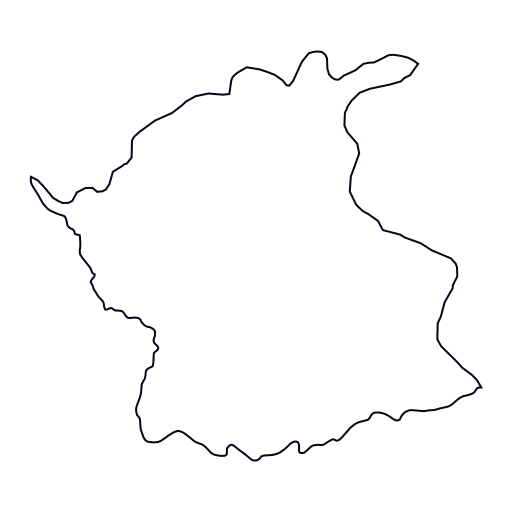 outline of Granados, Baja Verapaz, Guatemala
{"feature_id": "79465075B60020502053438", "entity_name": "Granados", "entity_type": "district", "adm_level": 2, "iso_a3": "GTM", "parent_name": "Guatemala", "parent_adm1": "Baja Verapaz", "projection": "albers", "projection_center": [-90.583, 14.941], "detail": "fine", "context": "isolated", "style": "outline", "palette": "ink", "viewbox_px": 512, "rotation_deg": 0, "n_neighbors": 0, "source": "geoboundaries", "source_scale": "gbopen_adm2", "svg_char_len": 4825}
<svg xmlns="http://www.w3.org/2000/svg" viewBox="0 0 512 512"><path d="M481.3,387.5L477.2,380.4L471.8,374.8L462.2,367.7L457.6,362.5L441.3,346.4L437.3,339.4L437.7,323.4L440.9,316.4L444.6,302.3L452.7,288.2L452.9,285.1L457.3,276.4L457.0,267.1L455.7,263.7L451.1,258.5L431.7,250.3L420.8,243.3L405.0,237.6L400.1,234.6L382.9,230.1L378.0,220.9L368.7,214.3L362.7,211.0L356.2,204.8L349.8,191.6L350.8,176.6L359.2,153.6L357.3,143.8L347.4,132.3L344.4,125.4L344.9,113.0L347.9,106.1L351.8,100.4L359.6,92.8L369.7,88.8L389.7,84.6L400.9,81.4L404.3,78.0L410.1,75.2L418.1,63.8L413.4,60.4L408.0,57.7L401.5,56.0L395.2,55.0L392.1,54.8L388.3,55.3L380.4,59.4L373.9,62.5L369.2,62.7L363.5,63.8L355.2,70.4L343.6,75.7L340.8,78.1L338.6,79.6L336.6,79.7L334.3,79.1L331.6,77.2L329.0,74.2L327.4,68.9L327.0,58.2L325.4,54.9L322.0,52.0L317.6,51.5L313.5,51.9L308.7,53.3L303.0,60.4L301.3,63.0L293.1,81.0L289.3,85.6L286.6,85.3L282.5,80.3L274.8,74.9L268.5,72.4L260.1,69.5L246.9,67.3L240.8,70.7L237.3,72.8L234.5,75.2L232.6,77.2L231.3,80.3L229.3,94.0L223.1,94.7L208.5,93.5L195.6,96.2L185.7,101.7L182.4,105.0L172.0,113.0L154.9,120.6L139.4,132.0L134.2,136.6L132.0,140.5L131.6,157.6L126.8,163.5L124.3,164.3L121.8,166.2L112.9,171.8L109.3,184.3L105.9,189.5L102.5,191.3L97.1,191.8L92.5,187.9L85.5,188.0L76.9,192.4L72.3,200.9L68.7,202.8L62.5,203.0L58.3,201.0L53.1,197.9L43.2,186.0L37.8,180.4L31.0,176.8L30.7,179.5L30.9,181.6L31.3,183.2L32.0,184.9L34.9,190.0L35.9,191.3L36.8,192.8L38.0,194.6L42.9,203.4L47.0,208.1L48.7,209.6L50.9,210.9L55.7,213.1L59.8,214.6L64.3,216.1L65.2,217.2L66.1,219.1L66.7,221.7L67.5,225.5L69.4,227.7L70.9,228.6L72.5,229.2L74.4,231.3L74.9,233.9L76.7,234.6L79.7,235.2L80.0,237.4L80.3,243.0L80.3,244.6L80.3,246.9L79.8,250.0L79.8,252.7L80.2,254.5L82.6,258.2L90.1,267.6L90.8,268.8L91.5,270.8L92.4,273.0L94.7,274.4L94.3,276.4L91.2,280.5L90.7,282.1L91.8,284.0L92.8,286.1L93.2,287.5L94.0,289.7L95.4,291.6L96.1,292.9L97.0,294.3L98.0,296.1L99.0,297.2L101.8,300.1L102.7,301.2L103.5,302.5L103.9,304.8L104.1,306.8L105.3,309.6L107.0,309.5L109.2,308.6L110.9,307.9L112.5,308.6L113.9,309.8L115.5,310.5L116.9,310.5L119.8,310.7L121.6,311.0L123.6,312.5L126.0,316.3L127.7,317.7L129.7,318.1L133.8,317.6L135.2,317.6L137.4,317.8L138.8,318.3L140.4,319.5L140.8,320.9L141.9,322.6L143.5,324.3L144.8,325.5L147.1,326.7L149.2,327.0L151.0,327.7L153.0,328.9L154.2,330.0L155.0,331.6L155.1,334.3L154.8,336.4L154.1,338.0L153.5,340.6L154.1,342.8L155.5,344.2L157.5,346.1L158.3,347.7L157.9,349.4L156.9,350.5L155.5,351.4L153.9,353.1L153.7,355.2L153.4,362.5L152.7,366.3L151.3,367.0L149.0,368.0L147.1,369.4L145.9,370.9L145.7,372.9L145.5,375.7L145.2,377.2L144.6,378.9L143.3,381.2L142.4,382.9L141.7,384.5L141.2,391.1L141.1,392.5L140.0,397.2L137.6,403.6L136.5,406.7L136.2,408.2L136.1,411.4L137.2,415.3L138.8,416.9L139.8,418.9L140.1,420.5L140.2,422.4L140.4,425.8L140.6,428.4L141.2,430.8L142.3,433.9L143.5,437.3L145.1,439.9L146.9,441.3L148.2,441.8L150.5,442.1L151.9,442.3L153.8,442.4L155.3,442.3L158.0,442.0L160.8,440.9L165.6,437.7L167.8,436.0L169.9,434.6L171.6,433.6L173.1,432.6L174.9,431.8L177.0,431.1L179.2,431.0L182.5,432.2L185.5,434.1L189.7,437.4L194.5,441.3L195.7,442.0L197.4,442.7L199.3,443.5L200.6,443.9L202.7,444.8L204.2,445.9L205.4,446.9L207.3,448.9L209.2,450.8L210.5,452.3L212.2,453.6L214.4,454.7L218.7,455.6L220.8,455.9L223.1,455.9L225.4,455.6L226.6,454.5L227.0,451.9L226.9,450.4L227.0,448.4L228.1,446.8L229.5,445.6L231.3,444.7L233.3,445.4L234.9,446.5L239.7,450.4L245.1,454.3L250.1,458.5L251.5,459.7L253.3,460.4L255.0,460.5L256.9,460.4L259.0,459.2L260.3,457.8L261.5,456.3L264.1,455.5L266.4,455.4L270.8,455.1L273.8,454.7L278.1,453.4L280.5,452.1L283.0,450.3L284.9,448.9L286.1,447.9L290.2,443.9L291.4,442.9L294.3,441.6L296.5,441.6L298.1,442.4L299.1,445.4L299.1,447.6L298.9,450.4L299.3,451.9L300.3,452.9L302.1,453.1L303.9,452.9L307.1,450.3L311.0,446.6L312.8,445.6L314.5,445.2L316.0,445.0L318.0,444.8L320.1,445.0L322.1,445.1L324.7,444.1L326.4,442.8L328.6,441.5L330.4,440.4L332.2,439.5L333.8,439.4L335.6,440.3L337.0,440.7L339.0,440.0L341.6,437.8L348.0,430.5L349.1,429.2L350.2,427.9L351.3,427.0L353.5,425.2L355.0,424.1L356.2,423.3L359.2,422.1L361.0,421.6L362.6,421.2L364.6,420.7L367.8,419.9L369.7,417.9L371.1,415.5L371.9,414.2L373.9,412.8L376.6,412.5L378.5,412.5L380.4,412.7L382.3,413.1L384.7,413.9L387.7,415.3L390.3,417.0L391.8,418.0L393.0,418.9L394.6,419.8L396.5,420.4L397.9,420.4L399.6,419.8L401.1,416.8L402.2,414.9L404.2,412.9L405.7,411.8L407.9,410.8L409.4,410.3L411.4,410.1L414.1,410.3L418.7,410.7L421.3,411.0L423.1,411.1L425.5,411.0L427.5,410.5L431.2,410.2L434.5,409.9L437.0,409.3L440.4,408.3L445.4,407.2L448.2,406.5L449.6,405.9L452.6,403.9L455.0,401.8L457.7,399.5L459.5,398.1L461.0,397.3L462.5,396.5L463.9,396.0L466.0,395.6L469.0,394.8L471.6,393.9L472.8,393.3L474.1,392.4L475.2,391.1L476.2,389.5L477.1,388.2L478.5,387.6L481.3,387.5Z" fill="none" stroke="#020617" stroke-width="2"/></svg>